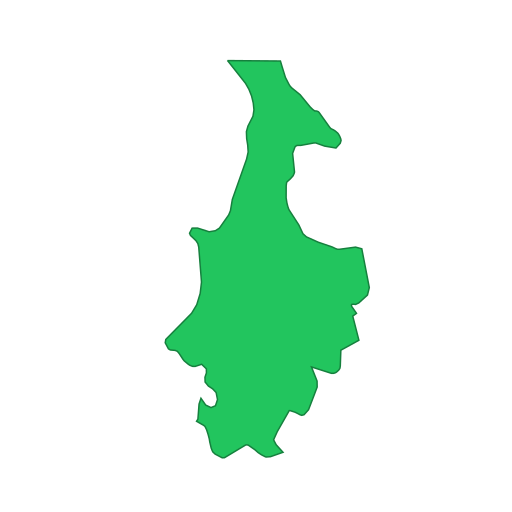 map outline of Jutiapa (Equal Earth projection), rotated 152°
{"feature_id": "GTM-1962", "entity_name": "Jutiapa", "entity_type": "Department", "adm_level": 1, "iso_a3": "GTM", "parent_name": "Guatemala", "parent_adm1": "", "projection": "equal_earth", "projection_center": [-89.89, 14.155], "detail": "fine", "context": "isolated", "style": "filled", "palette": "green", "viewbox_px": 512, "rotation_deg": 152, "n_neighbors": 0, "source": "natural_earth", "source_scale": "10m", "svg_char_len": 2345}
<svg xmlns="http://www.w3.org/2000/svg" viewBox="0 0 512 512"><g transform="rotate(152 256 256)"><path d="M303.9,304.1L304.2,304.8L304.0,307.3L299.3,310.6L294.5,308.1L286.0,299.4L280.0,297.4L275.2,297.8L260.8,305.1L257.3,308.0L250.3,317.1L218.9,345.9L214.1,351.5L211.3,357.7L209.1,364.1L206.1,370.3L202.1,374.5L193.1,380.8L189.2,386.0L186.6,392.4L184.8,399.3L184.0,406.5L184.2,413.4L189.4,442.0L189.4,441.9L142.9,416.7L144.1,410.8L146.2,399.8L146.3,391.9L146.1,389.8L145.5,387.6L141.3,377.6L138.2,362.2L137.1,358.7L136.1,356.6L134.5,355.6L133.8,354.9L133.2,354.1L132.9,353.1L130.5,334.9L130.0,333.2L128.3,330.9L127.3,329.1L126.1,326.0L125.9,324.4L125.9,322.1L126.2,319.5L126.7,318.0L128.7,316.0L134.7,313.8L143.8,320.8L150.2,327.8L151.8,328.6L164.7,332.7L167.9,334.4L169.3,334.3L170.4,334.0L175.5,329.4L180.6,316.9L182.6,312.0L183.8,310.8L185.6,309.4L189.4,308.0L193.8,306.9L194.5,306.5L196.4,303.8L202.1,293.2L203.8,288.3L204.7,284.6L205.1,282.0L205.1,280.7L203.6,263.2L204.1,253.6L202.5,249.2L194.6,239.0L184.4,228.1L182.2,225.1L180.9,223.7L179.0,222.7L163.9,217.1L159.2,212.7L170.8,174.9L175.2,170.0L175.9,169.2L187.3,166.3L190.9,166.5L192.4,167.6L194.1,168.3L194.8,167.9L195.2,166.5L194.2,158.2L198.8,157.5L204.7,133.3L225.3,133.0L233.1,119.5L234.5,117.6L235.4,117.0L236.6,116.4L238.9,115.8L240.4,115.6L241.7,115.8L242.6,116.0L243.5,116.5L244.5,117.0L259.1,132.0L260.8,116.9L263.5,111.6L270.2,105.7L276.4,100.3L281.8,95.6L288.1,93.3L290.5,93.9L291.7,95.2L292.8,96.9L294.9,99.8L298.5,103.5L299.2,103.9L319.6,91.0L326.6,85.6L326.8,84.2L326.8,79.9L324.3,70.0L337.4,72.0L341.5,73.8L342.2,74.6L344.5,77.9L346.4,81.4L347.9,85.4L351.6,92.6L352.8,93.6L354.0,94.0L378.5,92.7L380.6,93.7L385.1,100.3L386.1,103.3L386.0,105.3L385.7,107.6L384.1,113.6L383.1,116.5L382.1,120.7L381.2,125.7L381.1,128.1L381.1,129.7L381.4,130.3L381.8,131.2L386.0,137.8L386.1,138.0L383.9,139.2L375.8,152.0L371.4,156.2L370.4,148.0L366.9,143.3L362.1,142.8L357.4,147.3L355.3,154.2L356.7,159.2L359.1,163.5L360.1,168.6L358.0,172.9L354.7,176.0L352.8,179.7L354.8,185.9L361.6,187.1L363.9,188.4L365.8,190.7L366.7,192.4L368.6,197.1L369.0,199.2L369.6,205.9L370.2,208.8L371.7,210.6L375.8,213.3L376.9,215.1L376.9,222.0L374.8,224.7L339.7,235.7L331.2,240.8L322.9,249.1L316.4,258.5L302.4,290.7L301.5,294.3L301.8,297.7L303.9,304.1Z" fill="#22c55e" stroke="#15803d" stroke-width="1.5"/></g></svg>